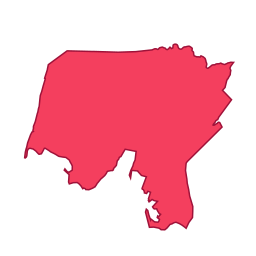 outline of Santa María Cortijo, Oaxaca, Mexico, rotated 192°
{"feature_id": "50627088B48919250536034", "entity_name": "Santa María Cortijo", "entity_type": "district", "adm_level": 2, "iso_a3": "MEX", "parent_name": "Mexico", "parent_adm1": "Oaxaca", "projection": "natural_earth1", "projection_center": [-98.318, 16.434], "detail": "fine", "context": "isolated", "style": "filled", "palette": "rose", "viewbox_px": 256, "rotation_deg": 192, "n_neighbors": 0, "source": "geoboundaries", "source_scale": "gbopen_adm2", "svg_char_len": 4346}
<svg xmlns="http://www.w3.org/2000/svg" viewBox="0 0 256 256"><g transform="rotate(192 128 128)"><path d="M36.2,148.5L39.4,152.4L40.0,152.5L40.8,152.4L41.2,152.0L41.8,150.9L42.6,150.4L43.3,149.7L43.7,149.1L44.6,148.6L45.2,148.5L45.1,149.2L45.3,149.3L43.9,152.1L43.7,153.3L42.8,154.3L42.0,154.8L41.5,157.4L32.6,177.2L43.4,184.5L41.5,187.8L41.3,194.9L40.9,196.5L40.6,196.7L40.2,198.0L39.9,199.2L39.5,200.2L39.1,201.4L39.2,202.3L39.3,203.0L39.4,204.5L39.4,205.6L39.8,206.3L40.5,207.2L40.7,208.1L40.3,209.9L38.4,214.1L39.5,213.9L40.4,213.8L41.3,213.6L42.4,213.0L44.0,212.3L44.5,211.7L45.4,211.2L46.2,210.4L47.0,210.2L48.5,210.3L49.6,210.4L50.7,210.8L52.1,209.9L53.2,209.5L54.2,209.3L55.2,208.9L56.2,207.9L57.4,207.6L58.5,207.2L59.3,206.6L59.8,205.8L60.3,205.2L61.3,204.0L62.2,203.0L62.9,203.0L63.9,203.4L64.2,203.8L64.2,205.0L64.2,206.0L64.2,206.9L64.6,207.7L64.9,208.2L65.3,208.8L65.8,209.7L65.9,210.2L66.5,211.2L67.1,212.1L68.2,212.7L69.1,213.2L70.2,213.4L71.2,213.7L71.8,213.6L72.0,213.2L72.3,212.3L72.5,212.3L73.1,212.3L73.8,212.3L75.6,211.9L76.0,212.0L77.3,212.2L78.2,212.3L78.4,212.6L79.1,213.8L79.4,215.0L79.8,215.9L81.4,217.0L81.6,217.4L81.6,218.6L81.7,219.1L82.0,219.5L82.9,220.0L83.8,220.3L84.7,220.7L85.4,220.7L85.8,220.6L86.8,220.2L87.7,219.8L88.4,219.4L89.0,219.2L89.5,219.1L90.5,218.5L91.9,216.5L92.6,216.1L93.2,216.1L94.2,216.1L95.0,216.6L95.7,217.4L96.1,218.1L96.3,218.6L96.5,218.9L97.2,219.6L98.0,219.9L99.0,219.9L99.7,219.7L100.4,219.3L101.1,218.5L100.9,216.6L100.8,215.6L102.1,214.7L102.6,215.2L103.7,215.8L104.0,215.6L104.5,214.3L105.2,213.5L105.7,212.9L106.5,212.8L107.3,213.1L108.3,213.9L109.6,213.9L111.0,214.3L111.9,214.0L112.9,213.5L113.8,213.0L114.3,212.2L114.8,211.3L115.3,211.0L115.8,211.1L116.7,211.3L117.7,211.2L118.6,210.9L120.7,209.4L136.3,204.3L153.3,200.1L178.6,195.5L178.8,195.4L179.0,195.3L179.4,195.3L203.6,190.8L208.5,185.3L210.3,183.3L219.1,173.4L219.1,168.8L219.0,168.4L219.9,159.3L219.2,159.1L219.2,157.8L219.7,151.6L220.0,145.7L220.5,141.8L220.5,141.2L220.1,137.1L219.4,130.8L219.4,130.4L219.6,128.6L219.5,124.4L219.7,123.7L220.0,115.3L220.2,113.7L220.8,110.2L220.8,109.8L220.5,108.1L220.4,108.1L220.5,105.8L220.2,105.1L219.9,104.9L221.1,104.1L221.9,101.1L223.1,92.6L223.1,86.4L223.3,86.5L223.4,84.0L223.4,82.9L222.9,77.4L222.3,77.3L221.4,78.5L221.2,79.8L221.4,81.9L221.7,84.7L221.4,86.0L221.1,86.9L219.7,87.8L216.4,87.7L213.3,86.3L212.5,85.7L212.1,85.4L209.9,83.9L209.3,83.9L207.3,84.8L207.0,85.9L206.8,86.5L206.5,87.5L206.4,87.9L206.1,88.9L206.0,89.2L205.9,89.8L205.6,90.7L205.0,91.0L203.1,90.4L200.4,89.4L198.8,88.6L195.1,87.7L193.1,87.1L190.7,86.2L189.6,85.9L187.0,86.0L186.2,86.0L182.6,86.3L178.9,84.5L178.6,84.3L178.4,83.9L177.0,82.1L176.5,81.7L174.6,79.3L173.8,75.2L174.9,74.1L176.4,72.6L178.2,72.5L181.2,74.9L181.6,73.5L176.0,70.2L175.8,69.2L174.9,62.8L173.8,61.1L170.2,63.1L166.3,64.1L164.1,63.1L162.3,61.8L162.1,61.7L159.7,59.3L159.6,59.2L159.3,59.5L159.0,60.0L157.4,59.8L156.9,59.5L156.5,59.0L155.3,59.2L154.8,59.3L154.2,59.4L153.7,59.4L153.1,59.7L150.9,61.2L149.1,62.6L148.4,63.5L148.1,63.5L147.0,66.1L146.6,67.6L146.2,68.1L145.6,69.3L145.5,69.5L144.0,72.4L143.9,72.6L142.7,74.1L140.9,76.6L140.6,77.2L139.8,79.0L139.2,81.2L138.8,81.5L135.8,82.8L134.4,83.1L133.6,84.0L133.7,85.1L133.4,85.9L132.8,86.8L131.6,89.0L131.6,89.3L131.7,93.6L130.6,95.6L130.4,97.5L129.0,98.6L126.4,106.6L115.2,106.8L114.4,98.2L115.2,94.7L115.3,92.0L116.4,87.2L116.9,82.2L115.1,79.6L115.6,87.3L109.7,88.0L109.5,87.9L109.4,87.9L109.2,87.5L105.0,84.4L99.9,84.1L101.7,71.8L101.3,71.1L100.3,71.0L99.2,69.8L98.7,68.7L98.4,68.0L98.4,67.9L96.2,67.8L95.4,70.2L94.3,70.1L92.6,69.8L93.3,62.9L92.6,62.0L92.5,61.9L93.0,61.4L92.6,60.9L92.5,60.7L92.1,60.1L91.9,60.2L89.6,63.1L87.4,62.4L83.9,62.4L87.6,56.0L86.4,54.8L85.5,54.3L85.1,54.4L83.1,54.9L82.5,54.0L82.4,53.7L79.6,50.7L78.6,50.5L78.2,50.5L78.1,50.3L79.9,47.5L80.0,47.3L80.7,47.9L80.8,46.5L78.2,45.2L78.3,44.2L78.5,43.2L79.1,42.1L82.5,41.7L87.0,43.9L87.0,43.1L89.6,47.4L91.5,51.4L93.2,52.4L93.4,49.4L86.4,35.3L82.3,36.4L76.9,36.5L75.2,35.8L74.6,35.4L70.8,36.1L69.1,38.2L66.8,42.5L65.0,43.4L63.5,44.8L61.5,45.8L57.9,45.2L54.9,44.2L51.4,42.6L50.3,42.0L48.8,48.3L46.3,53.8L47.3,59.7L48.3,64.7L53.5,74.2L55.9,80.5L58.6,86.4L59.8,90.3L62.9,98.3L63.2,100.5L63.8,105.4L63.7,106.1L63.0,107.6L62.8,107.9L36.3,148.3L36.2,148.5Z" fill="#f43f5e" stroke="#9f1239" stroke-width="1.5"/></g></svg>